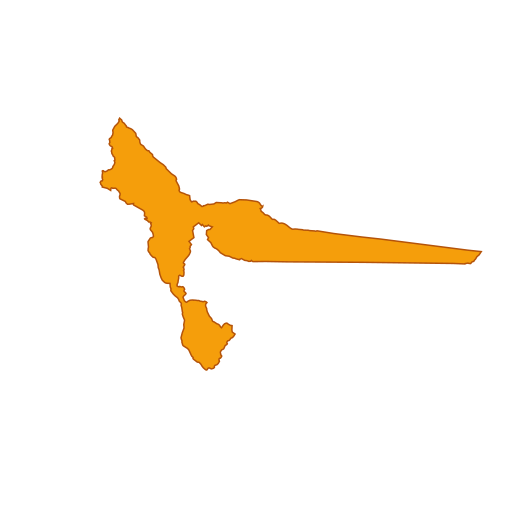 Cartago, Cartago, Costa Rica (Equal Earth projection), rotated 302°
{"feature_id": "36466004B19971785414820", "entity_name": "Cartago", "entity_type": "district", "adm_level": 2, "iso_a3": "CRI", "parent_name": "Costa Rica", "parent_adm1": "Cartago", "projection": "equal_earth", "projection_center": [-83.947, 9.787], "detail": "fine", "context": "isolated", "style": "filled", "palette": "amber", "viewbox_px": 512, "rotation_deg": 302, "n_neighbors": 0, "source": "geoboundaries", "source_scale": "gbopen_adm2", "svg_char_len": 6086}
<svg xmlns="http://www.w3.org/2000/svg" viewBox="0 0 512 512"><g transform="rotate(302 256 256)"><path d="M280.3,193.9L277.8,192.7L275.0,189.2L274.4,187.7L271.5,185.8L270.8,184.8L270.1,184.8L269.3,183.9L269.7,181.1L269.6,178.9L270.3,177.6L270.6,175.9L270.2,175.4L269.4,173.9L267.9,172.9L267.8,172.5L268.8,170.3L272.0,167.7L271.8,166.6L271.1,164.2L270.9,162.0L270.0,158.3L270.0,157.6L270.3,156.8L271.1,155.8L272.2,155.7L274.5,153.4L277.2,148.7L277.9,148.0L279.0,148.0L280.3,146.4L280.8,144.8L280.9,140.7L282.4,133.9L282.5,133.5L283.5,132.5L284.3,129.0L284.4,125.3L285.5,116.5L285.9,115.6L287.2,114.4L287.7,110.9L288.4,109.6L288.4,109.2L287.9,108.4L287.9,107.0L288.3,105.2L289.6,102.3L289.6,99.0L290.9,97.2L292.7,95.9L293.7,93.3L293.8,91.8L294.0,91.1L296.3,89.0L297.6,84.3L297.6,82.4L297.1,79.9L297.2,79.5L296.8,78.0L296.9,77.6L297.5,77.2L298.2,75.1L298.7,74.1L298.8,71.7L300.2,69.9L300.6,67.3L298.7,67.5L298.0,68.5L297.1,68.5L295.3,68.5L291.1,67.5L286.8,67.8L284.7,69.5L282.2,70.4L281.0,70.1L279.9,70.5L277.9,69.6L277.0,69.8L276.6,70.5L274.8,71.9L273.3,72.0L272.7,72.9L272.3,74.0L272.3,76.3L271.2,77.4L270.8,76.9L269.7,77.4L268.3,77.7L267.8,78.4L266.5,79.5L265.6,81.3L265.0,82.0L264.9,83.2L264.4,84.2L263.7,84.5L262.7,85.5L262.1,85.6L261.7,85.3L260.5,86.8L260.0,86.9L258.6,87.3L256.1,87.2L255.0,87.6L254.0,87.6L252.8,87.1L251.4,86.1L250.9,85.2L249.1,84.6L247.6,83.5L247.2,82.5L247.4,81.3L247.1,80.8L246.6,80.6L245.2,81.9L243.7,82.4L241.8,83.4L241.6,84.0L240.8,84.0L239.6,85.5L238.3,85.8L237.6,84.9L235.9,84.8L235.6,85.4L234.7,86.2L233.7,88.7L233.0,89.1L234.6,94.1L234.6,98.0L236.5,97.1L237.1,97.3L237.4,97.6L237.5,98.7L238.9,100.6L239.1,101.7L238.6,103.0L238.3,105.1L237.0,107.6L235.8,108.3L234.3,108.6L232.9,109.6L232.4,110.3L233.0,116.2L232.1,117.9L231.8,119.6L232.8,121.1L235.6,124.3L234.8,124.5L234.4,125.2L234.9,135.5L234.6,137.5L234.2,138.0L233.4,138.8L231.0,140.0L231.0,140.8L230.7,141.3L231.1,142.4L230.3,143.7L229.9,143.7L229.3,142.4L228.8,141.9L228.5,141.8L228.3,142.2L228.5,145.2L228.0,147.0L228.7,148.4L228.6,149.6L227.7,149.4L227.0,150.5L225.9,151.3L223.4,151.6L222.8,152.0L222.3,152.6L221.4,155.4L220.3,156.9L218.4,158.6L216.9,158.5L216.0,157.4L215.1,156.9L211.5,156.8L210.8,156.9L206.6,160.1L205.4,160.5L203.4,161.6L202.7,162.7L202.2,164.3L201.4,165.4L200.8,167.4L200.4,169.5L200.9,170.5L201.1,171.1L200.3,172.9L196.8,177.4L194.3,179.3L193.0,181.1L189.6,184.1L187.2,187.1L185.8,189.4L185.2,192.4L185.2,193.5L185.7,195.0L187.2,197.6L184.3,199.7L183.2,201.2L181.4,202.2L179.9,206.0L179.3,208.6L179.0,211.6L178.2,213.4L177.1,214.8L176.5,217.2L176.0,218.0L174.6,218.5L172.9,220.4L169.7,223.1L169.3,223.7L167.7,224.3L165.9,226.4L164.0,229.1L163.4,229.6L159.5,231.1L157.6,232.6L156.6,233.2L151.7,234.2L147.0,235.7L146.0,236.6L145.0,238.0L143.2,239.2L142.8,239.9L141.9,240.7L141.4,241.6L141.3,242.6L141.3,246.9L140.7,248.9L137.6,253.6L136.9,254.9L136.7,256.4L135.8,256.8L135.4,257.5L134.9,262.4L135.6,263.9L135.6,264.5L135.0,266.7L134.0,268.6L133.3,270.5L132.9,272.8L132.9,274.2L133.6,274.8L135.2,274.8L136.0,275.2L136.4,275.9L136.5,277.5L136.7,278.1L138.2,279.4L139.4,279.8L140.5,279.1L141.4,279.1L143.2,280.5L144.8,280.9L147.3,280.8L148.2,279.7L149.3,279.2L149.9,279.3L150.6,280.0L152.5,280.1L153.0,279.9L153.4,279.3L153.5,278.4L154.3,277.9L155.1,277.0L155.9,276.6L158.2,276.6L159.3,277.4L160.3,277.8L163.7,277.3L165.6,278.2L166.5,278.1L166.7,277.4L167.3,277.0L168.4,276.9L169.1,277.0L170.0,277.9L170.7,278.1L173.0,278.3L174.4,279.3L176.2,279.6L178.7,279.6L178.9,276.2L180.4,274.8L184.3,272.6L183.6,270.9L183.5,268.7L183.7,267.2L183.3,266.3L181.9,265.3L180.2,264.9L176.9,264.8L177.0,263.6L177.9,261.9L178.1,260.8L178.1,259.9L177.8,258.8L177.9,255.2L177.7,254.6L177.7,253.7L179.4,251.4L180.3,248.3L182.8,244.3L184.2,242.8L185.4,241.9L186.4,240.3L187.2,239.5L188.7,238.8L190.5,239.1L190.7,238.3L190.5,236.5L189.6,235.8L189.1,235.2L188.8,234.1L188.1,232.6L188.0,231.3L187.7,230.6L187.3,230.1L186.6,228.4L185.5,226.4L185.4,226.4L185.3,225.9L184.2,224.3L183.3,223.3L181.2,222.1L180.0,221.7L179.8,221.3L179.9,219.8L180.2,218.8L182.4,215.9L183.9,215.9L185.8,216.5L187.0,216.6L187.6,215.6L187.8,213.8L188.6,213.2L190.0,213.1L190.9,211.7L191.2,210.3L191.0,209.9L190.2,209.2L189.8,207.5L189.4,207.5L188.8,206.4L188.8,204.9L190.0,204.2L192.3,203.8L194.2,202.9L196.2,202.2L197.9,201.1L198.4,201.1L199.3,201.5L199.5,203.7L200.0,204.7L200.2,204.9L201.6,204.9L204.0,203.6L204.8,202.9L205.2,202.3L206.2,202.3L207.9,200.7L208.0,200.2L210.9,200.2L211.4,199.7L211.4,198.4L211.8,198.0L212.3,197.8L215.5,197.8L220.6,198.6L222.2,198.6L224.7,198.2L225.5,197.8L227.0,195.7L228.2,195.7L229.2,195.0L231.5,195.2L232.9,191.4L238.7,193.6L244.0,188.7L246.1,188.8L247.5,187.4L253.8,189.8L253.0,193.6L254.3,193.8L253.4,196.8L254.9,197.4L255.1,198.5L257.0,199.3L256.7,200.0L257.6,203.5L254.1,202.9L253.3,201.7L251.4,200.7L247.9,202.5L246.4,206.0L244.2,206.2L243.4,210.6L241.5,213.7L241.0,215.0L240.9,217.1L241.1,217.7L241.1,219.7L240.6,222.2L239.9,224.0L240.0,229.8L241.6,233.4L242.0,237.5L242.8,239.1L243.0,240.6L244.1,244.1L244.3,244.1L244.3,243.7L246.1,245.0L246.3,248.7L247.3,250.9L247.6,252.7L248.6,254.1L249.8,254.4L249.5,255.6L249.7,256.5L256.5,267.1L267.6,285.6L307.3,350.0L354.2,427.2L360.0,437.4L360.3,437.3L362.3,439.5L362.5,440.4L363.3,442.0L365.7,442.4L366.8,443.5L368.5,443.5L369.7,443.8L372.5,443.7L375.2,444.6L379.1,444.7L373.2,432.6L336.5,352.9L328.2,335.7L316.3,310.1L309.7,294.4L308.6,293.5L308.3,292.4L306.0,288.1L305.5,286.6L303.2,282.7L302.9,281.4L301.0,277.7L300.7,276.9L299.6,274.8L298.2,273.0L297.9,271.9L297.9,269.6L298.4,265.9L298.4,263.3L298.0,261.4L297.4,260.1L296.0,258.4L296.0,257.7L296.3,256.7L296.8,253.8L296.8,252.2L296.4,251.4L295.9,250.9L295.8,250.1L296.8,246.3L296.8,244.7L296.6,243.7L295.9,242.4L295.8,241.3L296.4,239.4L296.7,236.6L297.7,235.6L298.5,234.4L299.5,235.3L300.0,235.5L301.1,235.6L301.8,235.3L301.5,235.2L301.5,234.1L301.7,233.1L302.8,230.8L302.9,229.0L302.7,228.0L298.6,218.4L294.9,212.0L293.8,211.2L290.9,209.5L286.6,206.2L286.5,203.3L285.2,202.8L284.7,201.4L283.3,199.8L283.1,199.0L280.3,193.9Z" fill="#f59e0b" stroke="#b45309" stroke-width="1.5"/></g></svg>